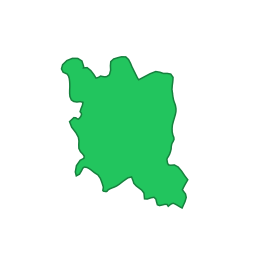 an SVG outline of Tlaxcala, rotated 214°
{"feature_id": "MEX-2726", "entity_name": "Tlaxcala", "entity_type": "State", "adm_level": 1, "iso_a3": "MEX", "parent_name": "Mexico", "parent_adm1": "", "projection": "equal_earth", "projection_center": [-98.173, 19.419], "detail": "fine", "context": "isolated", "style": "filled", "palette": "green", "viewbox_px": 256, "rotation_deg": 214, "n_neighbors": 0, "source": "natural_earth", "source_scale": "10m", "svg_char_len": 2860}
<svg xmlns="http://www.w3.org/2000/svg" viewBox="0 0 256 256"><g transform="rotate(214 128 128)"><path d="M113.1,61.9L113.9,62.1L114.4,63.1L114.9,64.3L115.5,65.3L119.1,68.2L122.8,70.8L126.7,72.3L130.9,72.2L133.1,72.4L135.3,72.6L137.6,72.6L139.8,72.4L142.4,71.2L143.0,69.3L142.6,66.5L142.4,62.6L144.1,59.4L147.1,62.1L149.7,68.0L149.6,74.5L147.6,78.2L148.6,80.2L151.3,81.2L154.2,81.8L157.3,83.6L159.4,86.5L161.4,89.8L164.0,92.6L168.4,94.9L175.2,97.2L180.0,100.6L178.7,106.3L177.0,107.3L175.4,107.2L174.1,107.6L173.6,109.9L173.7,111.9L174.2,113.4L175.2,114.3L176.8,114.7L177.7,117.5L178.5,121.4L179.7,124.1L182.3,123.2L185.0,120.9L187.9,119.6L190.7,119.6L193.7,121.6L195.7,124.0L197.5,126.7L199.2,129.5L201.0,132.1L202.7,134.3L204.5,136.3L206.4,137.8L208.5,138.7L213.0,138.0L216.2,139.8L217.6,143.9L216.4,149.7L213.1,154.6L208.6,157.6L203.7,157.8L199.4,154.4L199.2,154.2L198.9,153.8L198.7,153.3L198.6,152.9L195.6,155.2L191.0,154.8L186.2,153.2L182.5,151.5L181.7,152.3L180.9,153.3L180.3,154.4L179.8,155.7L177.8,156.5L175.9,157.4L174.3,158.8L173.4,161.3L173.3,161.5L173.3,161.9L173.3,162.1L174.7,166.2L177.4,169.8L179.4,173.4L178.5,177.2L177.2,178.8L175.9,180.4L174.6,181.9L173.2,183.4L169.6,185.7L165.9,185.1L162.2,183.1L158.6,180.7L157.6,180.2L156.6,179.6L155.7,179.1L154.7,178.5L154.0,178.1L153.4,177.8L152.7,177.4L152.1,177.0L151.9,176.9L150.4,176.1L148.9,175.2L147.5,174.5L146.1,174.0L143.2,179.4L140.0,185.4L136.6,190.3L132.7,192.1L129.2,193.0L126.0,195.2L122.7,196.6L119.0,195.2L117.6,192.9L116.3,190.5L115.1,188.0L113.7,185.6L113.5,185.2L113.3,184.8L113.0,184.4L112.7,184.1L112.5,183.9L112.3,183.7L112.2,183.5L112.0,183.3L111.4,182.6L110.7,181.9L110.1,181.2L109.5,180.4L109.0,179.9L108.5,179.3L108.0,178.8L107.5,178.3L106.9,177.7L106.3,177.1L105.7,176.5L105.0,176.0L104.8,175.8L104.5,175.6L104.3,175.4L104.0,175.2L102.7,174.3L101.4,173.3L100.2,172.1L99.0,170.8L98.2,169.6L97.4,168.3L96.8,166.9L96.2,165.4L95.7,163.8L95.2,162.3L94.7,160.7L94.2,159.1L92.9,155.4L91.2,152.3L89.2,149.5L86.7,147.1L86.2,146.8L85.8,146.5L85.3,146.2L84.9,146.0L83.5,144.3L83.1,142.1L82.9,139.6L81.8,136.9L80.5,134.7L79.6,132.2L78.9,129.6L78.6,126.8L78.6,125.9L78.6,125.1L78.4,124.3L78.1,123.6L75.5,120.9L73.7,120.1L71.8,121.0L68.9,123.3L64.6,123.7L59.4,122.2L54.0,120.0L49.5,118.5L49.3,115.6L49.1,112.8L48.8,110.0L48.4,107.2L43.4,105.4L40.9,103.0L39.6,98.9L38.4,91.9L40.4,91.7L42.4,91.6L44.5,91.5L46.5,91.3L48.2,91.0L49.4,89.8L50.2,88.0L50.9,85.6L52.8,86.5L54.7,85.4L56.6,83.3L58.5,81.3L60.7,80.8L62.8,82.5L65.1,84.6L67.7,85.1L69.9,83.0L72.3,79.9L74.7,78.5L77.1,81.4L77.5,81.9L77.9,82.4L78.3,82.8L78.7,83.1L81.9,84.2L85.3,84.4L88.8,84.6L92.2,85.4L92.7,85.8L93.2,86.2L93.8,86.7L94.3,87.1L97.7,89.4L100.2,86.6L102.2,81.4L103.9,76.2L105.0,73.6L106.3,71.4L107.8,69.3L109.2,67.1L110.0,65.1L110.0,63.9L110.6,63.0L113.1,61.9Z" fill="#22c55e" stroke="#15803d" stroke-width="1.5"/></g></svg>